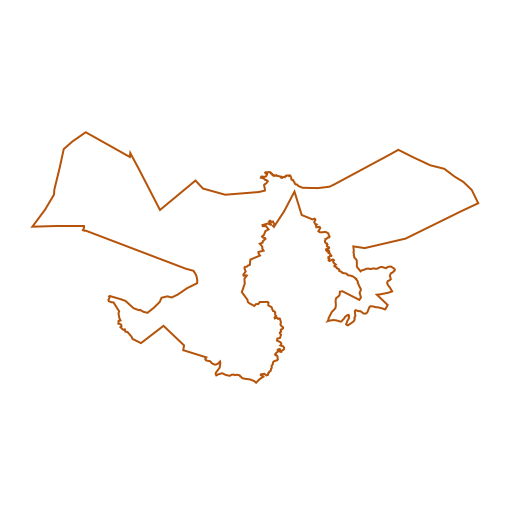 outline of Santa María Ecatepec, Oaxaca, Mexico, rotated 269°
{"feature_id": "50627088B69410007292717", "entity_name": "Santa María Ecatepec", "entity_type": "district", "adm_level": 2, "iso_a3": "MEX", "parent_name": "Mexico", "parent_adm1": "Oaxaca", "projection": "natural_earth1", "projection_center": [-95.911, 16.222], "detail": "fine", "context": "isolated", "style": "outline", "palette": "amber", "viewbox_px": 512, "rotation_deg": 269, "n_neighbors": 0, "source": "geoboundaries", "source_scale": "gbopen_adm2", "svg_char_len": 6152}
<svg xmlns="http://www.w3.org/2000/svg" viewBox="0 0 512 512"><g transform="rotate(269 256 256)"><path d="M361.1,132.1L357.2,131.6L382.7,87.9L373.7,74.4L366.2,65.6L348.6,61.5L325.8,55.5L320.9,55.1L305.9,45.8L289.2,32.9L289.5,57.7L289.0,84.5L287.5,84.6L284.8,83.4L284.2,85.4L284.4,86.0L244.5,185.6L242.3,193.2L238.2,195.7L236.5,196.2L232.6,196.9L229.8,196.6L225.0,186.5L218.8,177.1L216.0,171.0L217.2,166.7L215.9,160.8L211.8,159.0L206.0,152.9L201.1,146.5L202.1,142.6L204.2,139.1L203.8,138.2L205.9,132.7L213.3,124.8L215.1,120.2L218.6,109.0L218.2,108.5L217.7,109.2L214.6,107.6L213.3,108.1L212.2,111.1L212.1,112.7L203.1,118.2L200.9,117.5L195.9,118.4L194.0,119.4L193.5,117.5L190.7,117.2L190.4,118.8L189.5,120.1L188.2,120.3L187.3,119.2L184.5,122.0L184.9,123.6L182.7,124.0L182.2,126.2L177.5,130.2L175.3,131.0L170.9,139.5L187.8,162.3L167.9,182.5L163.1,181.6L155.5,204.6L153.8,203.4L152.5,204.2L151.5,208.5L149.6,209.8L148.1,212.8L148.1,213.8L148.8,215.8L151.1,218.2L149.3,218.5L145.0,217.7L140.1,213.9L138.5,213.6L137.3,214.2L138.3,216.2L139.4,220.1L137.5,223.9L136.7,227.7L137.8,229.9L137.7,230.8L137.9,231.5L137.2,232.9L137.6,234.5L137.2,236.8L136.9,237.6L136.0,238.0L135.6,239.0L134.9,239.3L134.1,240.1L133.3,243.4L132.7,247.9L131.0,252.0L129.3,253.9L132.7,257.3L135.2,261.3L136.2,260.3L136.5,259.1L137.1,258.6L137.6,258.8L137.8,261.1L138.1,262.1L136.4,264.5L136.9,265.8L138.9,266.3L139.1,266.9L140.2,267.3L141.0,268.7L142.9,269.1L143.9,269.8L145.9,269.7L147.3,270.8L149.5,271.2L150.5,272.3L151.5,275.5L152.4,276.1L154.1,275.7L155.0,275.8L156.0,275.3L156.4,274.7L156.3,274.0L157.0,273.4L157.5,273.4L159.2,275.0L160.1,276.4L161.8,276.0L162.3,276.7L162.1,277.1L162.6,277.9L162.4,278.3L160.1,278.1L159.6,279.3L159.7,279.7L160.8,279.8L161.7,281.7L162.7,282.5L163.8,282.5L165.3,281.5L165.5,280.4L166.2,278.8L167.1,279.7L167.8,279.8L168.9,279.3L169.5,278.7L171.1,275.5L173.1,275.9L173.6,278.5L176.8,279.7L178.1,278.6L179.1,278.5L179.9,279.8L181.9,279.5L183.0,281.7L184.1,281.9L185.4,280.3L187.0,279.2L189.2,279.8L192.9,278.8L193.2,278.3L192.7,277.0L194.0,275.8L193.3,273.7L194.2,273.5L195.8,275.0L197.2,274.0L199.4,274.2L200.5,273.1L200.8,272.0L204.7,270.6L206.3,267.5L209.0,267.4L209.2,267.6L209.9,266.8L209.9,259.0L207.9,257.4L207.9,255.1L206.1,253.5L208.8,248.6L210.2,247.0L212.4,246.7L220.1,241.2L228.7,244.3L233.4,244.0L236.6,246.5L236.9,245.2L236.5,243.3L237.6,243.0L240.6,245.4L244.2,244.2L245.1,244.5L245.7,247.0L246.6,247.8L247.2,249.7L252.5,250.3L256.4,260.0L258.5,258.6L260.0,258.5L261.2,263.7L263.3,262.4L264.9,262.5L266.6,261.5L268.2,260.0L269.3,262.9L270.6,263.0L273.0,265.8L273.7,265.4L274.4,263.1L275.5,262.4L276.9,264.3L280.7,265.8L282.4,269.0L285.7,266.5L285.7,263.3L286.8,263.0L288.3,268.5L287.0,271.1L287.1,271.6L288.8,271.0L290.2,269.6L291.1,270.6L289.9,272.3L290.2,273.6L286.7,275.0L285.7,273.6L284.8,274.4L300.2,284.9L319.7,295.6L296.2,302.4L291.6,313.1L292.3,315.1L291.7,315.9L290.7,315.9L289.0,314.8L287.1,315.6L286.4,317.3L285.5,316.5L283.7,316.8L284.0,320.1L282.8,320.7L279.7,318.8L278.7,320.1L278.5,321.8L278.9,326.0L277.3,328.8L276.2,328.9L274.1,329.9L273.2,329.4L273.2,328.0L272.0,326.9L271.7,325.7L271.1,325.8L269.8,325.1L268.1,325.5L267.2,327.3L266.4,327.6L266.2,327.0L264.6,327.1L264.1,327.5L263.3,329.2L262.8,329.3L262.0,328.7L261.6,326.3L260.9,326.1L259.6,326.8L259.4,327.3L259.6,327.3L260.0,328.3L259.7,329.2L258.7,329.1L258.1,328.5L257.6,328.6L257.8,329.6L256.2,330.3L254.9,331.4L254.6,331.2L254.6,329.7L253.9,329.2L253.6,328.3L252.6,328.3L252.1,329.3L250.4,328.5L249.7,329.3L249.8,329.7L250.9,331.9L251.2,332.9L251.0,333.3L250.3,333.9L249.4,333.2L248.2,333.2L246.0,335.7L245.0,334.2L244.3,334.2L243.2,336.5L242.5,336.5L242.0,337.0L241.5,338.6L240.9,339.0L239.7,338.9L238.4,341.6L237.6,342.0L236.9,345.7L236.3,346.7L235.2,347.4L234.7,350.5L234.3,350.9L234.0,352.4L231.4,355.8L230.9,355.6L230.0,356.6L228.5,357.4L227.1,357.3L226.3,357.9L224.7,358.4L221.2,360.2L220.0,360.2L217.4,358.9L212.7,360.2L210.3,358.6L219.3,341.7L218.8,339.2L216.0,339.0L214.9,338.5L212.2,335.2L209.7,334.8L205.1,335.0L202.3,334.4L198.7,330.8L192.3,327.4L190.5,327.2L189.6,326.6L190.2,328.7L190.6,332.4L190.2,335.3L188.9,339.5L189.0,340.1L192.1,343.1L193.5,343.9L195.2,346.2L195.5,347.5L194.9,347.9L194.2,348.0L193.8,347.7L192.4,348.0L189.3,346.1L186.1,344.9L185.0,346.6L188.2,351.5L189.2,352.7L190.7,353.5L192.9,353.4L193.5,354.0L194.5,354.3L199.1,353.8L200.1,354.7L199.1,357.4L199.0,359.6L196.7,362.4L196.4,364.5L197.1,365.7L198.1,366.5L203.0,368.5L203.8,369.8L203.6,371.9L202.8,374.5L202.5,377.3L201.2,382.0L200.3,384.0L200.5,384.4L204.7,386.8L215.2,376.2L215.5,379.6L217.0,387.7L218.2,391.5L222.0,389.4L224.4,387.6L226.3,386.7L227.2,386.7L228.7,387.4L229.4,389.2L230.5,390.4L234.0,389.5L235.7,390.2L236.4,390.7L237.4,392.7L238.5,393.5L239.0,394.4L240.0,394.6L240.7,394.2L243.1,390.8L242.8,387.6L241.5,385.8L242.8,381.9L242.9,380.8L242.0,378.3L241.2,377.1L241.1,375.3L241.6,373.5L241.0,370.7L241.0,369.4L241.5,368.3L241.3,366.0L240.4,364.0L239.7,361.3L238.8,360.3L243.0,357.0L243.6,356.7L249.6,356.7L251.1,355.9L252.4,354.5L254.7,353.8L255.5,354.0L258.1,353.5L259.1,353.9L263.9,353.5L262.0,364.8L270.8,405.9L296.8,461.1L304.9,479.1L318.2,472.9L326.5,464.6L331.9,456.0L339.9,445.8L343.7,431.7L352.0,414.8L359.7,400.1L355.3,392.0L326.0,335.1L324.0,330.7L322.8,319.1L323.4,303.8L325.3,299.5L326.8,298.2L326.9,296.8L328.7,295.6L329.2,295.7L330.7,294.5L331.2,294.5L331.5,293.2L332.3,292.6L333.2,292.7L335.8,291.7L335.9,291.3L335.5,290.6L336.0,290.4L335.7,289.6L336.0,288.6L335.8,287.5L335.2,287.4L334.8,286.0L334.3,286.0L334.5,285.0L334.1,284.0L334.5,283.4L333.7,283.3L334.0,282.2L335.1,281.6L335.8,278.4L336.4,277.7L335.9,277.4L336.2,276.1L335.8,275.6L336.6,275.0L336.2,274.4L336.5,273.9L337.8,273.6L338.1,272.5L338.6,272.5L338.6,272.1L339.4,271.8L339.8,269.6L338.6,268.8L339.6,267.6L339.6,267.0L339.1,266.6L337.0,268.4L335.4,267.4L335.0,265.8L335.4,262.9L334.6,262.3L334.2,262.2L333.9,263.8L333.1,265.4L331.8,266.7L331.8,267.5L331.0,268.9L330.3,269.0L328.4,267.4L327.3,265.6L326.7,265.3L322.6,266.1L321.2,266.0L319.9,259.8L317.8,226.3L324.4,204.1L332.5,196.8L303.7,160.8L345.6,140.1L361.1,132.1Z" fill="none" stroke="#b45309" stroke-width="2"/></g></svg>